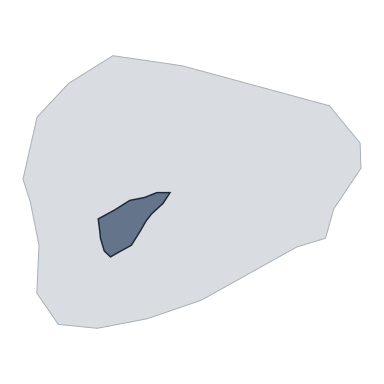 Andorra la Vella highlighted on a map of Andorra
{"feature_id": "AND-4876", "entity_name": "Andorra la Vella", "entity_type": "state/province", "adm_level": 1, "iso_a3": "AND", "parent_name": "Andorra", "parent_adm1": "", "projection": "natural_earth1", "projection_center": [1.52, 42.514], "detail": "fine", "context": "in_parent", "style": "filled", "palette": "slate", "viewbox_px": 384, "rotation_deg": 0, "n_neighbors": 0, "source": "natural_earth", "source_scale": "10m", "svg_char_len": 613}
<svg xmlns="http://www.w3.org/2000/svg" viewBox="0 0 384 384"><path d="M325.5,238.2L296.9,246.9L201.3,300.2L146.9,318.8L97.2,328.3L58.3,324.4L36.8,293.1L39.0,245.3L30.4,202.2L23.0,179.2L37.1,117.0L68.8,83.2L112.9,55.7L182.2,65.8L329.4,105.8L360.1,143.1L361.0,168.2L333.7,209.0L325.5,238.2Z" fill="#d9dde1" stroke="#a8b0b8" stroke-width="1"/><path d="M170.0,192.6L163.1,203.3L151.5,214.0L146.1,220.9L139.9,231.6L131.4,245.2L119.0,252.0L110.5,256.9L104.3,251.0L100.5,238.4L99.7,230.6L98.2,218.9L114.4,210.1L129.8,200.4L144.5,197.5L156.9,192.6L170.0,192.6Z" fill="#64748b" stroke="#1e293b" stroke-width="1.5"/></svg>